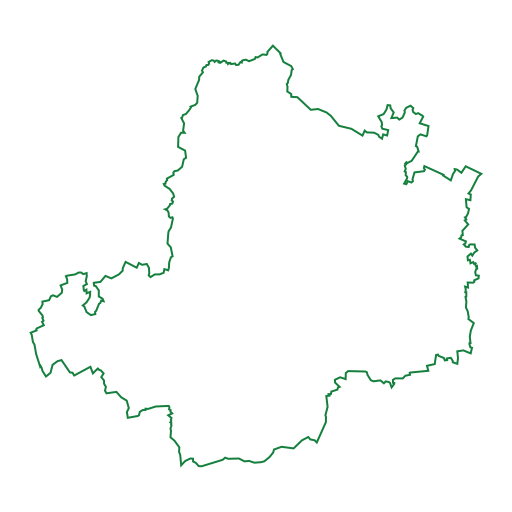 outline of Cashel-Tipperary Lea-7, South Tipperary, Ireland
{"feature_id": "5873133B11959666540716", "entity_name": "Cashel-Tipperary Lea-7", "entity_type": "district", "adm_level": 2, "iso_a3": "IRL", "parent_name": "Ireland", "parent_adm1": "South Tipperary", "projection": "orthographic", "projection_center": [-8.111, 52.526], "detail": "fine", "context": "isolated", "style": "outline", "palette": "green", "viewbox_px": 512, "rotation_deg": 0, "n_neighbors": 0, "source": "geoboundaries", "source_scale": "gbopen_adm2", "svg_char_len": 5992}
<svg xmlns="http://www.w3.org/2000/svg" viewBox="0 0 512 512"><path d="M201.5,466.3L222.7,459.8L225.1,457.7L228.3,458.8L238.9,458.5L244.6,461.4L249.0,460.9L254.4,462.7L260.9,462.2L264.3,461.3L269.6,457.0L273.2,452.5L274.0,449.5L281.6,446.8L293.6,448.4L302.0,440.3L308.3,437.0L310.3,439.4L314.7,440.3L316.8,442.5L325.9,422.1L326.0,417.0L325.4,415.3L327.6,406.8L326.3,396.1L330.5,395.5L328.5,395.4L328.4,394.2L331.0,393.9L331.3,391.6L337.4,389.6L338.0,387.5L339.6,386.9L335.1,382.6L334.9,379.8L340.1,377.3L345.6,379.1L345.8,373.0L348.2,371.1L365.3,371.5L366.9,372.3L367.5,374.8L370.8,380.2L373.5,381.3L380.4,380.4L383.9,383.3L385.7,381.4L388.7,382.0L390.0,382.9L391.6,387.4L394.2,383.9L394.3,383.0L393.0,382.8L392.9,379.9L395.3,378.4L402.8,378.4L405.4,375.7L410.0,374.8L409.7,372.8L410.6,372.5L428.3,370.8L427.0,365.8L434.7,364.1L436.1,355.0L438.0,354.6L438.6,355.9L443.8,357.9L444.8,360.4L447.1,360.1L446.8,358.5L450.8,357.8L452.7,360.8L452.8,362.3L457.3,363.8L458.0,358.0L457.3,351.3L463.4,350.4L470.7,353.4L472.0,347.8L470.3,347.2L469.4,343.9L469.6,342.9L470.5,343.0L469.8,336.9L470.8,330.6L473.8,323.1L468.4,319.0L468.7,317.0L467.7,311.2L465.9,307.4L466.4,301.7L465.5,296.9L466.3,296.6L466.3,292.2L465.3,292.2L465.8,289.6L465.1,286.6L468.0,287.5L467.7,282.5L473.1,282.7L474.3,281.9L474.2,280.3L478.5,278.4L478.8,275.7L475.9,275.3L475.2,272.0L476.4,268.6L477.2,268.6L476.9,265.9L476.0,266.3L475.0,264.1L476.3,263.0L473.9,263.7L473.3,262.1L470.5,263.3L469.9,259.8L467.9,260.3L467.5,256.5L470.9,253.6L472.3,255.6L474.2,252.6L477.3,250.4L475.1,247.7L474.6,244.5L470.3,244.4L469.2,244.9L468.7,247.0L465.9,246.7L463.8,244.4L465.3,243.5L465.9,241.4L459.5,238.6L461.2,237.2L461.5,235.3L462.8,235.0L462.4,230.8L468.2,224.4L464.8,220.4L466.3,219.5L465.0,217.4L466.1,217.0L468.1,213.2L469.0,208.9L466.6,207.3L465.9,199.2L470.4,200.2L470.8,194.5L468.5,193.5L471.1,190.3L478.1,176.6L481.3,173.8L465.7,166.3L461.4,172.8L457.1,169.6L454.7,169.1L455.0,171.0L453.0,174.0L450.8,180.4L443.1,175.5L443.5,174.8L424.4,166.1L423.9,168.1L424.9,169.7L424.0,171.2L414.5,172.4L412.5,179.3L412.9,181.2L411.5,182.5L407.9,181.2L406.3,184.2L404.1,183.6L407.2,178.2L407.1,176.6L405.7,175.3L405.9,172.2L404.7,171.5L405.8,168.9L404.8,165.7L406.0,164.4L405.1,163.8L406.4,162.2L407.4,163.0L411.7,160.8L417.9,151.5L418.6,151.5L417.2,146.8L415.9,146.1L417.8,136.4L420.4,134.4L426.5,136.3L427.2,135.1L428.5,126.0L419.7,123.3L423.2,116.6L422.4,115.7L418.2,113.2L415.8,114.0L413.1,111.9L412.6,109.8L413.3,108.1L410.5,105.7L406.2,107.8L404.5,110.5L404.8,112.5L402.6,117.5L399.3,119.6L397.1,117.6L391.4,118.1L393.7,112.4L390.7,108.4L390.2,105.4L387.6,105.1L386.4,109.7L383.6,114.1L378.2,116.3L381.7,122.1L382.1,124.9L381.4,126.4L382.3,128.7L388.2,130.1L387.1,135.5L383.2,134.4L382.0,138.7L379.2,136.8L378.2,134.8L374.1,132.7L366.8,132.4L364.7,130.6L362.5,135.6L351.4,128.8L338.9,125.8L330.9,115.9L326.6,112.5L318.0,109.0L310.8,109.8L297.4,97.2L291.3,96.8L291.2,94.0L287.3,91.5L287.5,86.8L286.8,83.9L287.8,83.0L288.4,79.7L291.0,75.0L291.7,70.0L292.8,69.1L291.2,66.1L283.5,62.0L280.2,53.9L280.6,53.3L272.9,45.7L267.4,51.9L267.4,53.8L266.5,54.9L262.6,54.4L257.5,57.5L255.6,57.1L254.8,59.0L249.0,61.2L246.0,59.7L243.1,60.2L242.1,60.7L241.8,62.5L240.5,62.0L238.5,64.8L236.0,65.0L235.1,63.5L231.1,64.1L230.3,62.9L228.3,63.9L228.5,62.9L226.4,62.8L226.1,61.5L223.5,60.6L220.1,62.9L219.0,62.5L219.8,61.9L218.7,61.0L216.3,60.5L214.6,61.9L213.8,60.6L211.8,60.2L208.6,62.0L209.1,63.7L208.3,64.9L206.4,65.1L205.9,66.5L203.5,67.5L202.0,70.5L202.9,72.3L199.2,76.8L199.1,79.9L195.3,89.0L197.7,95.9L197.2,102.7L195.3,104.9L190.6,106.6L191.0,107.3L189.0,110.4L185.9,114.0L182.9,115.1L182.1,117.6L181.3,118.0L184.1,123.4L183.1,130.7L184.6,132.8L181.1,132.7L178.4,137.0L178.1,146.9L185.1,150.6L186.1,157.7L183.8,159.3L182.1,166.8L177.8,170.5L174.4,171.2L173.3,172.7L173.7,174.9L166.9,178.6L167.2,180.1L165.6,181.9L165.5,183.6L163.8,184.0L164.6,185.7L169.6,188.9L173.1,193.4L174.1,196.8L172.0,198.6L171.7,200.5L173.0,201.5L172.3,203.6L170.1,204.0L169.9,205.3L167.2,208.6L165.2,209.3L167.5,210.5L168.6,212.6L168.9,216.5L170.5,217.9L172.4,217.3L172.9,218.6L171.0,227.5L168.6,231.3L168.3,233.2L167.5,243.6L170.8,247.4L172.6,256.3L170.9,257.3L169.2,262.4L168.9,267.9L168.2,270.3L164.4,269.1L163.6,272.8L159.6,274.4L154.8,274.4L150.5,277.1L148.7,275.4L149.3,273.1L148.9,267.8L146.8,264.0L142.1,264.8L138.9,263.0L136.7,267.7L125.6,261.9L122.7,268.3L122.7,270.7L118.9,274.4L111.3,278.4L105.5,275.9L100.4,281.9L93.8,282.8L94.1,285.7L95.8,286.1L98.8,290.4L98.8,296.5L102.6,298.7L103.6,301.2L101.2,300.6L100.3,303.0L99.0,303.8L96.2,310.8L95.1,311.8L95.3,314.1L90.9,315.1L86.6,312.1L84.4,306.7L82.8,305.5L86.5,302.4L89.6,297.6L90.0,295.6L90.2,291.9L86.6,293.3L86.4,289.7L84.3,291.0L83.8,290.1L83.4,285.9L86.9,284.1L85.7,281.2L86.8,276.1L86.6,273.1L83.3,274.1L81.1,272.5L78.7,272.5L75.2,274.4L67.0,275.7L65.9,276.2L67.1,279.1L67.3,282.9L60.6,285.4L62.2,289.6L61.8,292.8L57.0,296.9L53.0,295.3L50.9,296.3L49.1,300.2L42.4,301.6L42.6,304.2L40.8,307.8L38.6,309.9L38.7,310.9L42.5,315.5L42.9,317.5L42.3,318.0L43.5,320.7L42.0,321.8L43.8,325.2L36.8,328.4L36.2,329.3L36.6,330.4L30.7,332.7L31.8,335.1L32.9,341.9L34.5,344.7L36.1,353.9L40.1,366.5L40.5,365.8L41.5,367.5L42.6,371.2L46.0,376.5L50.5,372.8L52.6,364.8L57.5,361.2L61.5,360.1L69.9,372.4L72.5,372.7L74.2,375.5L90.4,366.8L92.9,373.4L98.4,367.9L97.8,369.3L100.8,370.4L103.6,373.4L101.3,377.1L104.0,380.5L104.1,383.8L105.9,386.8L105.0,390.7L106.5,393.3L116.4,391.9L121.2,397.3L126.7,400.6L128.8,408.1L126.9,412.1L127.8,417.8L137.8,416.0L139.0,415.2L139.8,411.9L142.8,410.0L145.6,409.9L145.6,408.7L148.2,408.9L155.7,406.5L168.7,405.9L169.4,407.1L169.1,409.4L170.6,410.1L170.4,411.6L172.2,413.4L168.2,415.3L171.5,418.0L170.9,419.7L171.3,420.9L170.3,422.2L171.4,423.1L171.0,424.2L171.5,425.2L170.5,428.6L171.0,431.0L170.5,437.3L174.4,440.6L179.3,447.3L179.1,452.1L180.2,454.8L181.2,465.3L185.2,461.0L190.4,458.5L193.0,458.7L193.1,461.5L195.8,462.8L198.7,466.1L201.5,466.3Z" fill="none" stroke="#15803d" stroke-width="2"/></svg>